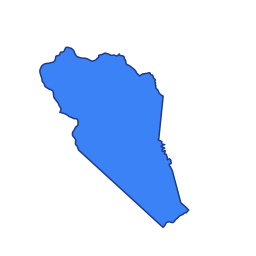 La Trinidad, Comayagua, Honduras (Mercator projection), rotated 231°
{"feature_id": "27666195B66687640419438", "entity_name": "La Trinidad", "entity_type": "district", "adm_level": 2, "iso_a3": "HND", "parent_name": "Honduras", "parent_adm1": "Comayagua", "projection": "mercator", "projection_center": [-87.659, 14.702], "detail": "fine", "context": "isolated", "style": "filled", "palette": "blue", "viewbox_px": 256, "rotation_deg": 231, "n_neighbors": 0, "source": "geoboundaries", "source_scale": "gbopen_adm2", "svg_char_len": 5726}
<svg xmlns="http://www.w3.org/2000/svg" viewBox="0 0 256 256"><g transform="rotate(231 128 128)"><path d="M191.0,167.5L190.8,165.5L190.9,164.9L191.9,163.9L192.8,163.5L193.2,163.3L193.4,163.1L193.7,162.7L194.4,161.5L195.1,160.6L195.4,160.4L197.1,159.7L198.5,158.9L199.2,158.3L200.1,157.8L200.4,157.5L200.6,157.3L201.0,156.6L201.1,156.1L201.0,155.8L201.0,155.6L201.4,154.5L202.6,151.7L202.8,151.1L202.7,150.9L202.4,150.6L202.2,150.5L201.9,150.4L201.7,150.2L201.5,149.8L201.4,149.2L201.3,148.9L201.5,148.2L201.5,147.7L201.4,147.3L201.2,146.8L201.2,146.4L201.2,145.9L201.3,145.4L201.6,144.3L202.3,142.7L202.4,142.4L202.6,142.2L203.2,141.8L204.1,141.3L206.9,140.1L207.7,139.7L208.2,139.4L208.8,138.9L209.5,138.2L210.7,136.9L211.2,136.3L211.4,136.0L212.1,135.6L214.5,133.9L214.9,133.6L215.4,133.4L215.7,133.2L216.1,133.2L217.3,133.3L219.4,133.6L221.1,134.2L222.4,134.5L222.9,134.5L223.9,134.4L224.6,134.3L225.4,134.1L227.6,132.7L228.0,132.5L228.7,131.8L229.1,131.4L229.4,131.0L229.5,130.7L229.5,130.3L229.5,130.0L229.5,129.7L229.0,128.7L228.1,126.9L227.9,126.5L227.9,126.2L228.0,125.6L228.3,124.9L228.5,124.5L229.1,123.9L229.3,123.5L229.3,123.3L229.2,123.0L228.7,122.2L228.3,121.4L228.1,120.9L228.0,120.5L228.1,119.8L228.2,119.1L229.1,117.8L229.1,117.6L229.1,117.4L229.0,117.1L228.8,116.7L227.8,115.6L227.4,115.0L226.9,114.4L226.5,113.8L226.4,113.5L226.3,113.1L226.3,112.7L226.3,112.3L226.3,111.5L226.5,110.9L227.2,109.3L227.8,108.3L227.8,108.1L227.9,107.7L228.0,107.5L228.4,106.8L229.1,105.8L229.5,105.3L229.7,104.9L229.9,104.4L230.2,103.6L230.4,102.9L230.6,100.9L230.4,99.9L230.3,99.4L229.9,98.7L229.5,98.1L229.3,97.4L228.9,96.7L228.7,96.4L227.8,95.4L226.9,94.8L226.5,94.5L225.4,94.0L224.0,93.4L221.5,92.5L220.6,92.2L219.8,91.7L219.0,91.1L218.4,90.8L217.9,90.7L216.3,90.8L215.2,90.7L214.9,90.6L214.4,90.4L213.9,90.1L212.9,89.8L212.5,89.7L212.1,89.7L211.5,89.9L208.2,91.0L207.8,91.2L207.1,91.7L204.7,92.8L204.3,92.8L203.8,92.8L203.3,92.6L202.6,92.2L199.0,90.0L198.6,89.8L198.1,89.7L197.7,89.6L195.2,89.5L192.1,89.4L191.5,89.4L191.0,89.3L190.4,89.2L189.4,88.8L188.3,88.5L187.3,88.4L185.8,88.3L185.4,88.2L184.9,88.0L184.6,87.6L184.0,86.7L183.0,85.0L180.3,86.9L177.9,88.4L177.0,88.7L176.1,89.0L175.4,89.2L174.5,89.3L173.7,89.6L173.2,90.0L170.4,91.3L169.7,91.7L169.2,92.0L168.1,93.2L167.2,94.0L166.7,94.0L166.2,94.0L165.7,93.8L165.4,93.7L164.1,92.9L162.6,91.7L162.0,91.1L161.8,90.8L161.6,90.4L161.6,90.1L161.6,89.4L161.7,88.6L161.7,88.0L161.4,87.3L160.1,84.5L159.8,83.5L159.7,82.7L159.6,82.3L159.4,82.1L159.0,81.6L158.0,80.8L157.6,80.5L157.3,80.3L156.9,80.2L156.5,80.1L155.8,80.1L154.8,80.2L153.0,80.0L152.3,80.1L151.7,80.0L151.5,79.9L151.1,79.3L150.6,78.8L150.4,78.6L149.1,77.5L148.4,77.1L148.1,77.0L147.6,76.9L147.2,76.9L146.5,77.1L146.3,77.1L145.9,77.0L145.4,76.9L144.7,76.6L144.0,76.4L143.1,76.2L142.8,76.0L142.2,75.7L28.8,92.7L28.8,93.8L29.1,95.3L30.0,97.3L30.2,98.1L30.3,98.3L30.3,98.6L30.2,99.0L29.9,99.9L29.8,100.1L29.6,100.3L29.2,100.8L28.5,101.5L27.7,102.0L26.8,102.7L26.4,103.2L26.3,103.4L26.2,103.6L26.2,104.2L26.2,104.8L26.5,106.2L26.7,106.8L26.8,107.0L26.8,108.4L26.8,109.2L27.1,111.6L27.2,112.5L27.1,113.3L27.0,114.0L26.6,115.2L26.4,115.7L26.3,116.1L26.3,116.6L26.4,117.2L26.5,117.5L26.4,118.0L26.4,118.4L26.2,118.8L25.7,119.6L25.5,120.0L25.4,120.2L25.5,120.6L25.8,121.6L26.0,122.6L26.1,123.5L30.5,123.1L36.7,122.0L64.8,134.6L65.4,135.0L66.5,135.4L67.5,135.7L70.0,136.2L70.6,136.4L71.3,136.4L71.8,136.4L72.4,136.5L73.0,136.7L73.6,137.1L73.8,137.3L73.8,137.5L73.7,137.8L73.4,138.4L73.3,138.7L73.3,139.0L73.4,139.4L73.7,139.6L74.0,139.7L74.2,139.8L74.6,139.8L74.9,139.9L75.0,140.1L75.2,140.4L75.3,140.6L75.5,140.8L75.9,141.0L76.4,141.0L77.1,141.0L77.6,140.9L77.9,140.8L78.1,140.6L78.2,140.4L78.2,139.7L78.4,138.9L78.5,138.7L79.0,138.8L79.3,139.1L79.5,139.3L79.8,139.7L80.0,139.9L81.2,140.3L82.5,140.7L82.9,140.9L83.2,141.1L83.5,141.1L83.8,141.0L84.0,140.8L84.5,140.4L84.9,140.2L85.1,140.1L85.3,140.2L85.6,140.9L86.3,141.9L86.5,142.2L86.9,142.5L87.0,142.5L87.3,142.4L87.5,142.1L87.6,141.8L87.6,141.3L87.6,141.0L87.7,140.7L87.9,140.5L88.0,140.3L88.2,140.2L88.5,140.2L89.1,140.4L89.4,140.7L89.6,141.0L89.8,141.4L89.8,141.6L89.7,141.8L89.2,143.4L89.2,143.5L89.3,143.6L89.5,143.7L90.2,143.7L90.5,143.5L91.3,142.9L92.4,142.1L92.5,142.0L92.8,142.2L92.9,142.4L92.9,142.6L92.8,143.1L92.6,144.6L92.3,145.2L92.2,145.5L92.2,145.8L93.0,145.3L93.6,144.6L93.8,144.5L94.0,144.4L94.4,144.4L94.8,144.6L95.5,145.1L95.7,145.3L95.9,145.6L96.0,145.7L96.4,145.6L96.9,145.4L99.4,144.1L99.7,144.0L99.9,144.0L100.1,144.2L100.2,144.4L100.1,144.6L99.9,144.8L130.6,175.3L131.3,175.1L132.9,174.5L133.9,174.3L135.1,174.2L136.0,174.3L137.6,174.8L139.0,175.0L140.3,174.9L141.1,174.9L141.7,175.0L142.7,175.6L143.2,175.9L143.3,176.2L144.1,176.4L144.9,176.9L145.3,177.3L145.6,177.7L145.8,177.8L146.4,178.0L147.1,178.0L147.4,178.2L147.6,178.3L147.7,178.5L148.0,179.1L148.2,179.5L148.7,179.5L150.4,179.4L151.2,179.4L151.5,179.5L152.2,179.9L153.1,180.3L153.4,180.3L153.9,180.1L154.7,179.6L155.2,179.4L155.5,179.4L155.8,179.4L156.3,179.5L156.6,179.6L156.8,179.7L157.3,179.5L157.6,179.3L157.9,178.8L158.1,178.2L158.4,177.5L158.6,176.9L159.0,176.3L159.4,176.0L159.5,175.5L159.7,175.1L160.4,174.0L160.7,173.6L160.9,172.7L160.9,172.1L161.0,171.2L161.0,170.4L161.1,170.1L161.3,169.9L164.9,169.3L166.0,169.4L166.3,169.5L167.0,169.8L167.7,169.8L168.7,169.8L170.1,169.6L175.2,168.5L176.2,168.1L177.5,167.3L178.1,167.1L178.3,167.0L178.9,167.1L180.1,167.5L180.9,167.9L181.8,168.5L182.3,168.7L182.7,168.8L183.1,168.8L183.4,168.8L183.8,168.7L184.1,168.8L184.5,168.9L185.0,169.3L185.4,169.5L185.8,169.7L186.4,169.7L186.7,169.6L187.2,169.4L188.8,168.0L189.8,167.5L190.0,167.4L190.3,167.4L190.7,167.4L191.0,167.5Z" fill="#3b82f6" stroke="#1e3a8a" stroke-width="1.5"/></g></svg>